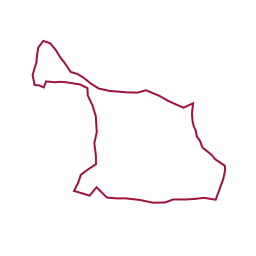 Peristerona Ammochostou, Cyprus (Natural Earth projection), rotated 189°
{"feature_id": "46923920B99720560567436", "entity_name": "Peristerona Ammochostou", "entity_type": "district", "adm_level": 2, "iso_a3": "CYP", "parent_name": "Cyprus", "parent_adm1": "", "projection": "natural_earth1", "projection_center": [33.768, 35.199], "detail": "fine", "context": "isolated", "style": "outline", "palette": "rose", "viewbox_px": 256, "rotation_deg": 189, "n_neighbors": 0, "source": "geoboundaries", "source_scale": "gbopen_adm2", "svg_char_len": 1009}
<svg xmlns="http://www.w3.org/2000/svg" viewBox="0 0 256 256"><g transform="rotate(189 128 128)"><path d="M26.0,92.1L25.5,100.8L26.4,105.8L37.1,110.8L41.1,114.4L46.5,117.6L51.4,120.3L55.0,126.7L58.6,130.3L60.8,136.2L63.5,140.3L65.3,144.9L67.1,152.1L67.6,162.6L76.4,156.7L92.5,161.0L101.6,164.5L116.2,168.1L123.9,164.5L133.7,163.1L143.5,162.4L151.2,161.7L163.1,162.4L171.9,166.2L179.9,170.8L186.6,173.5L193.4,174.4L200.5,182.1L205.0,186.2L208.6,190.3L211.7,193.9L218.0,199.4L225.2,200.8L229.2,193.5L229.2,185.8L228.7,178.0L229.6,172.6L230.5,165.3L226.9,155.8L222.5,156.2L217.5,154.9L216.2,161.2L207.7,161.7L202.3,163.0L196.5,163.5L190.2,163.5L182.2,163.5L174.3,161.0L172.9,153.9L166.6,144.7L161.7,134.7L159.1,123.1L158.2,119.1L158.9,107.8L155.4,95.7L154.0,87.2L160.3,81.5L167.3,74.4L168.7,65.9L171.5,57.4L155.4,55.2L149.8,64.5L137.9,56.0L128.1,56.7L119.7,58.1L105.1,58.8L91.8,58.1L79.9,60.2L72.2,64.5L58.9,66.6L49.8,68.7L42.1,70.9L30.2,70.9L26.0,92.1Z" fill="none" stroke="#9f1239" stroke-width="2"/></g></svg>